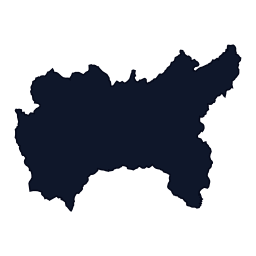 Chi Lang, Lạng Sơn, Vietnam
{"feature_id": "81297802B55451481919262", "entity_name": "Chi Lang", "entity_type": "district", "adm_level": 2, "iso_a3": "VNM", "parent_name": "Vietnam", "parent_adm1": "Lạng Sơn", "projection": "robinson", "projection_center": [106.633, 21.667], "detail": "fine", "context": "isolated", "style": "filled", "palette": "ink", "viewbox_px": 256, "rotation_deg": 0, "n_neighbors": 0, "source": "geoboundaries", "source_scale": "gbopen_adm2", "svg_char_len": 5737}
<svg xmlns="http://www.w3.org/2000/svg" viewBox="0 0 256 256"><path d="M135.1,70.8L133.4,70.2L132.9,70.3L132.1,70.9L132.2,72.3L131.4,74.0L130.1,78.6L128.7,80.5L126.6,82.3L125.5,83.0L124.1,83.2L122.2,81.7L120.4,82.8L119.6,83.0L116.9,81.3L115.9,82.4L113.7,85.7L113.2,86.0L111.6,86.3L110.8,86.2L110.3,81.9L109.1,80.3L108.9,78.0L106.8,74.6L102.2,71.7L98.9,68.2L98.3,67.0L97.0,66.8L95.3,65.7L94.5,65.7L94.1,65.3L92.7,65.6L91.3,64.9L89.2,65.5L89.4,69.4L88.8,70.9L88.3,71.5L86.2,72.4L83.9,74.6L83.3,74.9L78.8,72.6L75.4,72.6L73.9,73.3L72.6,73.4L71.6,76.0L70.0,78.2L69.9,79.5L68.2,78.3L65.7,78.4L63.1,77.9L61.2,76.6L57.7,73.4L56.2,72.7L53.7,72.4L53.3,70.5L52.5,69.0L49.4,71.9L47.9,72.2L46.6,74.6L45.2,76.3L43.0,76.0L41.0,76.3L39.9,77.5L38.6,77.1L37.2,77.9L36.1,78.1L35.5,80.3L33.0,81.6L32.7,84.2L31.3,86.8L31.2,88.0L32.0,89.3L31.3,90.2L30.8,91.9L31.3,92.7L31.4,94.1L32.6,95.4L33.1,99.3L33.9,100.5L35.0,101.2L34.7,102.8L37.9,103.2L39.1,103.9L40.1,105.0L40.0,106.6L38.3,107.9L36.5,108.8L34.5,110.9L34.2,111.5L34.2,113.5L30.6,113.1L28.5,115.7L26.5,114.8L24.8,114.8L24.0,112.4L21.5,112.8L21.3,109.9L19.1,109.4L17.6,109.7L16.1,109.4L15.5,110.3L15.8,111.4L17.6,113.9L17.8,117.2L18.9,121.8L18.2,124.3L18.7,125.9L17.0,127.1L17.0,128.5L16.0,128.9L15.5,129.5L15.8,131.5L15.8,134.8L15.4,137.6L16.1,138.4L16.6,139.6L16.9,142.5L18.2,143.6L18.7,145.2L20.1,146.1L19.6,147.6L19.7,148.8L20.9,151.5L21.8,152.5L21.9,154.1L22.3,154.8L22.8,155.3L24.0,155.2L26.1,158.0L24.8,160.3L24.6,161.8L25.0,163.5L26.4,165.2L27.7,165.9L29.0,167.3L29.5,168.2L29.6,170.4L31.0,170.8L31.5,171.8L32.1,174.8L32.2,177.7L30.9,180.1L29.6,181.9L29.1,183.5L30.1,191.0L32.9,190.4L35.9,190.4L37.6,190.5L40.7,191.5L42.0,192.2L41.8,194.0L42.1,194.6L44.3,196.6L45.0,198.5L46.7,197.8L47.2,198.7L49.1,199.5L49.4,200.0L56.4,196.1L57.0,196.2L58.4,197.7L59.8,197.3L61.1,197.7L61.9,198.4L61.2,199.0L61.4,199.5L62.0,199.4L65.5,201.8L66.2,205.7L67.4,206.6L70.5,210.5L71.1,210.8L71.9,209.4L72.9,206.2L73.5,205.2L73.4,202.7L74.2,201.3L73.7,199.5L74.2,196.8L75.6,194.2L76.6,193.0L78.7,193.2L79.9,191.6L81.1,190.6L82.3,188.9L82.0,187.2L82.9,186.2L83.2,184.8L85.8,183.5L87.8,180.7L88.0,179.6L87.6,176.9L89.4,175.7L90.3,174.3L92.9,174.1L94.5,173.3L97.0,171.0L97.5,170.4L98.0,168.6L101.2,169.6L104.2,169.9L105.7,170.5L108.7,171.1L108.9,170.0L110.2,170.6L112.8,170.2L113.7,168.8L114.9,168.6L115.8,168.0L118.8,167.9L120.2,166.9L121.1,166.6L122.3,165.2L125.0,165.7L127.3,166.6L127.6,168.2L128.0,168.6L131.6,169.1L133.4,169.7L135.5,168.4L137.2,167.9L137.7,167.5L138.4,166.1L139.9,166.3L142.4,168.0L144.4,168.0L146.7,166.2L148.3,167.3L149.2,167.2L151.1,165.8L152.2,164.5L154.9,167.3L156.2,168.1L158.5,168.7L159.4,168.6L160.9,169.6L162.7,170.2L163.8,171.8L167.6,173.0L168.2,173.6L169.7,174.2L170.0,174.5L170.1,175.6L169.5,178.0L170.0,181.1L168.6,183.4L167.9,186.2L167.9,187.1L168.5,188.2L171.6,190.6L172.5,192.8L174.1,195.0L175.1,194.9L176.1,195.6L177.5,195.3L178.7,196.8L180.0,197.3L180.7,198.0L183.0,198.4L184.6,200.7L186.8,202.3L186.9,204.9L187.5,205.4L190.1,206.0L192.0,206.9L195.3,206.9L196.9,207.9L199.1,207.4L199.4,206.5L200.7,205.1L200.6,204.6L199.8,203.6L201.1,203.6L201.3,203.4L200.5,202.1L201.5,201.3L200.5,200.3L200.5,199.8L200.8,199.5L201.4,200.0L202.3,199.1L201.9,198.8L201.2,198.8L201.2,197.7L200.3,197.3L200.9,196.2L200.3,195.3L200.2,194.2L199.8,194.0L199.1,194.5L199.2,191.7L199.5,190.9L201.3,188.9L203.6,187.4L204.6,187.2L207.4,188.0L208.5,186.7L209.5,182.1L209.5,180.9L208.8,179.0L207.0,176.2L207.2,173.4L207.9,172.4L208.8,169.0L210.2,167.8L211.0,166.7L211.3,164.0L212.2,163.2L212.3,162.5L211.9,161.4L210.5,160.1L209.5,157.0L209.8,154.6L211.0,151.6L210.3,148.8L208.6,147.1L208.1,145.7L206.2,143.8L205.8,142.0L202.7,142.9L202.3,142.4L202.1,141.2L200.8,139.1L198.1,138.2L197.2,137.5L197.4,135.1L198.3,134.1L199.2,133.5L201.2,130.6L202.2,131.4L203.2,130.1L203.9,128.1L203.7,125.9L203.0,124.5L200.3,122.7L199.5,121.7L199.4,118.7L199.8,117.6L199.8,116.5L201.6,117.0L202.5,116.9L203.8,116.0L203.8,115.0L205.9,113.8L206.0,111.5L208.4,109.5L208.0,107.6L208.1,106.0L207.7,104.6L207.9,103.9L209.8,104.2L211.3,104.1L212.3,103.3L212.4,102.4L213.7,102.4L214.4,102.1L215.0,100.5L214.7,99.7L214.8,99.2L217.5,95.6L218.7,95.7L219.7,95.3L221.2,93.4L222.7,93.7L223.9,95.8L224.9,96.7L225.6,93.5L225.7,91.7L226.2,90.7L227.5,89.6L228.7,89.7L229.6,89.2L230.4,88.5L231.1,87.2L232.4,87.6L231.7,84.5L232.0,82.9L231.8,81.3L234.4,79.2L235.3,77.7L236.1,77.1L238.4,73.9L238.6,73.0L238.6,69.5L237.8,68.6L237.6,67.2L238.5,64.7L237.9,63.5L238.6,62.0L240.2,60.5L240.6,58.0L239.6,57.4L238.1,55.2L235.8,54.0L236.1,52.9L235.5,51.1L235.5,48.2L235.0,47.0L234.3,46.0L233.2,45.2L230.8,45.7L228.1,45.4L227.7,45.9L227.6,46.9L227.6,50.0L227.0,49.4L226.2,49.6L225.8,52.0L224.9,52.8L223.3,52.9L223.1,53.1L223.2,54.0L222.3,54.3L221.7,55.2L219.9,56.4L219.3,57.3L218.6,59.7L218.0,59.6L217.6,58.7L217.1,58.5L214.6,60.4L212.7,60.1L212.1,61.8L211.3,62.2L210.7,63.5L209.6,63.5L209.0,64.1L208.5,64.1L207.8,65.3L207.0,65.1L202.1,67.4L200.8,67.6L199.2,68.4L196.9,70.2L196.0,71.3L193.5,70.6L193.1,68.7L193.3,68.2L195.0,66.4L196.9,66.1L198.1,65.6L198.7,64.5L198.2,63.0L196.8,61.6L195.7,61.3L194.5,59.7L191.7,60.8L190.9,59.9L190.9,58.2L190.6,57.8L188.7,56.2L187.2,56.5L185.1,54.9L184.4,54.2L183.9,52.4L182.9,51.7L182.7,50.7L180.6,50.4L180.2,50.9L180.2,52.2L181.0,53.7L180.6,54.6L178.9,55.4L178.5,56.1L175.4,57.7L174.6,60.9L172.8,62.3L171.5,62.5L170.5,65.7L167.4,68.1L166.8,69.6L165.2,70.9L164.7,72.3L162.0,74.5L160.0,74.2L159.4,74.4L156.1,78.9L154.2,79.1L153.5,79.6L153.0,80.7L151.6,81.1L150.2,82.5L149.1,82.5L147.5,83.7L146.1,82.2L146.0,79.5L144.9,78.6L144.4,78.6L140.8,80.4L139.8,80.2L138.5,81.9L137.8,82.0L136.4,81.7L135.8,81.2L134.4,78.8L134.1,77.8L134.3,76.5L135.4,75.8L134.5,73.4L135.1,70.8Z" fill="#0f172a" stroke="#020617" stroke-width="1.5"/></svg>